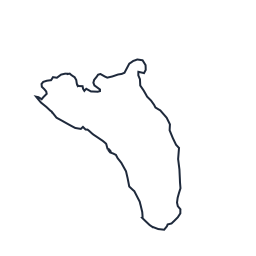 Suakoko, Bong, Liberia, rotated 129°
{"feature_id": "62588387B13478865264863", "entity_name": "Suakoko", "entity_type": "district", "adm_level": 2, "iso_a3": "LBR", "parent_name": "Liberia", "parent_adm1": "Bong", "projection": "equal_earth", "projection_center": [-9.592, 7.068], "detail": "fine", "context": "isolated", "style": "outline", "palette": "slate", "viewbox_px": 256, "rotation_deg": 129, "n_neighbors": 0, "source": "geoboundaries", "source_scale": "gbopen_adm2", "svg_char_len": 2246}
<svg xmlns="http://www.w3.org/2000/svg" viewBox="0 0 256 256"><g transform="rotate(129 128 128)"><path d="M188.9,60.7L189.3,56.5L189.8,50.2L189.5,46.4L189.3,46.4L187.5,40.9L187.3,40.6L184.3,35.9L179.9,35.9L178.0,36.5L174.8,34.1L172.3,33.8L171.8,33.7L166.1,33.1L161.4,33.6L159.3,35.3L158.2,36.1L157.4,40.1L155.1,43.0L151.0,45.5L146.4,47.5L141.8,49.3L137.5,53.4L135.1,55.5L127.8,62.0L120.6,69.5L111.4,75.8L111.4,76.0L110.8,80.1L107.6,86.9L103.6,94.2L98.8,97.7L97.9,99.6L95.7,104.4L94.7,110.1L94.0,114.0L94.3,115.8L94.8,119.6L93.6,122.3L92.2,127.3L91.6,132.9L90.5,135.6L89.0,139.5L87.3,145.2L82.6,149.4L80.6,153.1L78.1,155.1L77.8,155.3L75.5,150.6L75.3,150.1L71.7,150.8L69.8,152.4L68.1,153.9L66.2,159.3L68.3,162.9L68.8,163.7L68.9,163.9L71.3,165.3L72.5,166.1L75.0,166.8L77.2,167.5L87.3,165.5L89.9,166.9L90.7,167.6L92.7,169.4L97.8,172.6L101.9,175.8L102.6,178.5L102.8,179.8L103.4,183.4L105.4,184.8L107.8,184.6L110.1,184.6L111.9,184.6L114.6,183.4L116.1,180.8L116.0,180.4L115.7,174.0L117.0,173.0L118.9,174.4L121.4,177.8L122.9,179.8L123.8,185.1L126.1,185.3L126.6,185.3L125.8,187.6L124.1,189.6L126.6,193.0L126.4,194.2L126.7,194.1L126.4,194.8L125.4,196.1L123.3,198.4L122.1,201.5L122.3,202.9L122.5,205.6L122.4,207.5L124.1,208.9L123.9,209.2L125.4,211.1L126.7,212.1L128.6,213.6L133.7,214.9L135.7,218.3L137.9,218.0L139.3,217.9L140.4,219.0L142.3,220.8L145.5,222.9L148.2,222.9L150.2,220.9L150.5,217.5L151.1,214.5L152.6,212.7L157.2,213.2L158.9,213.2L159.1,213.2L160.0,213.2L160.4,217.0L161.2,218.5L161.5,219.1L162.1,216.3L163.0,211.7L163.0,204.6L163.4,199.3L163.3,197.7L163.5,197.2L163.4,197.2L165.0,190.1L164.6,187.8L164.5,187.4L162.6,176.4L162.0,173.1L161.8,172.1L161.2,169.1L159.6,166.2L159.0,165.2L158.7,164.6L158.4,164.1L155.5,163.7L155.9,160.0L155.1,158.9L154.7,158.4L154.7,156.8L154.7,156.1L154.9,152.6L154.9,151.7L154.9,150.7L154.5,146.5L154.3,144.2L153.9,139.6L153.9,137.2L154.0,135.1L154.5,134.3L154.9,133.8L157.0,130.9L156.5,129.3L156.9,127.5L157.8,128.3L158.2,126.5L157.0,122.9L157.0,122.6L156.5,120.5L158.0,117.0L158.8,113.3L159.4,110.9L159.6,110.5L162.9,102.3L166.8,97.3L167.1,96.9L172.7,90.2L173.1,84.6L173.1,83.4L177.9,72.5L179.6,70.3L179.7,70.1L184.3,64.1L186.5,62.0L188.3,60.4L188.9,60.7Z" fill="none" stroke="#1e293b" stroke-width="2"/></g></svg>